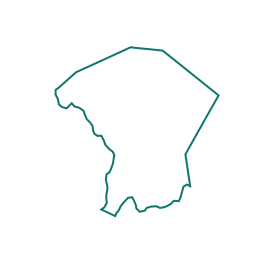 São José do Bonfim, Paraíba, Brazil, rotated 297°
{"feature_id": "56859067B5531543323181", "entity_name": "São José do Bonfim", "entity_type": "district", "adm_level": 2, "iso_a3": "BRA", "parent_name": "Brazil", "parent_adm1": "Paraíba", "projection": "orthographic", "projection_center": [-37.335, -7.141], "detail": "fine", "context": "isolated", "style": "outline", "palette": "teal", "viewbox_px": 256, "rotation_deg": 297, "n_neighbors": 0, "source": "geoboundaries", "source_scale": "gbopen_adm2", "svg_char_len": 1017}
<svg xmlns="http://www.w3.org/2000/svg" viewBox="0 0 256 256"><g transform="rotate(297 128 128)"><path d="M201.2,93.8L154.1,56.4L132.6,48.0L129.2,46.2L124.8,48.4L121.9,52.5L117.7,55.6L116.7,59.8L117.7,64.4L121.0,65.4L124.5,66.6L122.9,70.7L123.9,75.1L123.1,80.7L120.5,83.2L117.2,87.2L115.8,91.4L113.7,95.5L110.2,97.9L107.7,100.5L107.1,104.4L109.0,107.7L106.0,112.0L102.7,115.5L100.8,120.8L99.9,125.1L97.8,128.0L93.5,129.4L89.5,130.7L84.2,131.4L80.2,131.6L77.0,129.9L72.1,131.6L68.5,134.6L65.9,136.6L62.6,137.9L58.4,139.1L54.4,141.2L51.7,143.1L46.5,142.9L43.3,141.2L43.7,156.6L47.1,156.3L50.4,157.2L54.9,157.0L59.6,157.9L65.9,159.8L68.2,163.2L65.9,166.4L62.9,170.0L60.2,171.9L58.7,176.5L61.9,180.4L65.3,180.9L68.3,184.1L71.1,188.6L71.3,192.7L73.1,195.3L75.7,197.9L79.8,200.7L83.9,201.8L85.8,206.4L89.4,206.4L92.9,205.7L97.1,204.8L101.1,204.1L104.3,206.1L104.4,209.8L130.6,191.1L170.5,192.7L198.1,193.9L199.5,187.5L212.7,123.8L208.4,112.5L202.4,97.3L201.2,93.8Z" fill="none" stroke="#0f766e" stroke-width="2"/></g></svg>